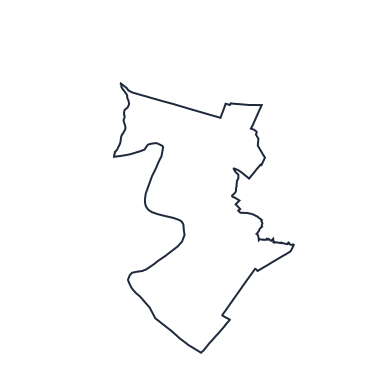 the district of Turcoaia, Tulcea, Romania, rotated 320°
{"feature_id": "2599482B2889768165110", "entity_name": "Turcoaia", "entity_type": "district", "adm_level": 2, "iso_a3": "ROU", "parent_name": "Romania", "parent_adm1": "Tulcea", "projection": "natural_earth1", "projection_center": [28.197, 45.114], "detail": "fine", "context": "isolated", "style": "outline", "palette": "slate", "viewbox_px": 384, "rotation_deg": 320, "n_neighbors": 0, "source": "geoboundaries", "source_scale": "gbopen_adm2", "svg_char_len": 5922}
<svg xmlns="http://www.w3.org/2000/svg" viewBox="0 0 384 384"><g transform="rotate(320 192 192)"><path d="M95.6,320.9L99.0,320.8L102.2,320.2L106.7,319.3L108.0,319.0L108.9,318.9L113.6,318.3L118.7,317.5L120.0,317.4L121.5,317.2L128.4,316.1L131.9,315.5L131.9,315.4L132.0,315.4L133.6,315.0L136.7,314.6L138.3,314.3L138.7,314.2L138.8,314.2L138.8,313.9L138.8,313.7L138.2,312.2L137.2,309.8L136.4,307.6L136.1,306.8L136.0,306.2L136.0,305.9L136.4,305.7L137.0,305.5L139.4,304.9L142.2,304.2L144.3,303.6L148.2,302.6L149.9,302.1L151.6,301.7L153.7,301.1L155.5,300.6L156.5,300.4L159.3,299.6L163.3,298.6L166.6,297.7L168.9,297.1L170.2,296.7L172.0,296.3L172.4,296.2L174.4,295.6L177.2,294.9L183.3,293.4L186.1,292.7L188.6,292.0L190.2,291.6L190.9,291.4L191.3,292.3L191.4,292.7L191.5,292.9L191.5,293.2L191.5,293.6L191.5,294.1L191.5,294.7L192.3,294.8L193.5,295.0L198.2,295.7L200.7,296.2L205.0,296.9L205.4,296.9L208.6,297.4L212.6,298.1L216.6,298.7L219.5,299.2L221.7,299.6L224.1,300.1L228.8,300.7L229.1,300.8L229.3,300.8L229.6,300.7L232.7,299.5L234.4,298.7L236.0,297.9L235.9,297.2L235.7,297.1L235.2,297.0L234.7,296.9L234.3,296.5L233.6,295.5L233.1,294.4L233.1,293.8L233.6,293.4L233.4,292.7L231.6,293.3L230.1,291.5L229.5,290.6L229.0,289.9L228.5,289.4L228.0,288.3L227.6,288.6L225.8,286.6L224.0,284.5L223.8,284.3L223.3,283.7L222.7,283.9L222.5,283.7L222.2,283.3L222.0,282.7L222.5,282.2L222.8,282.0L223.1,281.7L223.5,280.9L223.8,280.5L224.1,280.0L222.5,280.2L221.4,280.3L221.3,280.2L221.2,280.2L221.0,279.7L220.7,278.1L220.5,277.1L219.4,277.2L219.3,276.9L219.7,276.8L219.2,275.8L217.8,276.1L217.2,275.5L216.0,274.6L215.9,274.1L215.4,273.9L214.9,273.3L214.2,272.6L213.5,271.5L212.3,271.8L212.8,271.0L213.2,270.4L213.4,270.1L213.7,269.7L214.1,268.7L214.6,268.0L214.7,267.3L214.6,265.9L214.5,265.6L216.3,265.4L217.2,265.0L217.7,265.0L218.0,264.9L218.7,264.6L219.4,264.1L220.0,263.9L220.4,263.7L223.2,263.6L223.1,263.2L223.5,262.8L223.9,262.5L224.5,262.1L225.6,261.4L225.8,261.1L226.0,260.9L226.1,260.4L226.2,259.5L226.4,259.3L226.5,259.1L226.6,258.7L227.5,258.4L226.6,254.6L226.3,252.8L225.3,250.8L225.0,249.8L224.1,248.0L223.2,246.7L221.9,245.0L220.8,243.5L218.5,241.5L217.0,240.1L215.9,239.2L215.5,237.8L215.5,236.0L217.9,236.1L217.8,232.6L217.5,229.5L222.9,229.0L221.1,223.7L220.3,222.5L220.0,221.6L220.1,220.9L220.4,220.5L221.0,220.5L223.1,220.4L224.6,220.2L225.6,219.9L226.2,219.6L227.0,218.8L228.0,217.7L228.4,217.2L228.7,217.0L229.2,216.7L229.6,216.5L229.9,216.3L230.2,215.9L230.8,215.1L230.9,214.9L231.3,214.6L232.0,214.0L232.9,213.1L233.6,212.5L234.1,212.2L234.6,211.9L235.4,211.8L235.8,211.6L236.7,210.9L237.0,210.4L237.2,210.2L237.7,209.7L238.4,208.9L238.5,208.6L238.6,208.1L238.5,207.5L238.3,205.8L238.2,204.3L238.3,203.7L238.7,202.8L238.6,201.8L239.0,200.7L239.0,200.2L239.6,201.6L240.1,202.3L241.5,205.2L242.0,207.0L242.1,207.3L242.3,207.9L242.6,209.1L242.8,210.0L243.0,211.1L243.4,213.5L243.6,214.3L244.0,216.0L244.3,218.4L244.8,218.4L245.7,218.2L248.3,217.6L248.8,217.6L249.4,217.5L249.9,217.4L253.2,216.8L255.1,216.3L256.9,216.0L258.2,215.8L260.6,215.4L262.2,215.1L262.5,216.0L270.0,212.6L270.4,209.4L272.2,198.8L277.0,194.0L278.0,188.9L279.6,188.2L280.1,187.7L280.2,186.8L279.5,184.0L277.8,181.3L280.9,180.1L301.3,170.2L291.8,162.2L291.3,161.7L289.3,159.7L285.5,155.9L284.4,154.8L281.9,152.4L280.7,151.2L279.5,150.0L279.3,149.8L279.0,149.3L278.9,149.1L278.7,149.0L278.4,149.1L278.0,149.3L277.5,149.6L277.2,149.7L276.9,149.7L276.4,148.9L275.0,146.7L274.7,146.2L274.4,146.0L274.2,146.2L273.8,146.5L273.4,146.7L272.2,147.4L271.3,147.9L267.0,150.4L264.4,151.8L263.0,152.6L261.5,153.5L260.5,152.0L245.8,130.1L242.4,125.0L233.7,111.8L230.8,107.7L228.0,103.7L223.9,97.6L221.7,94.4L217.7,88.4L215.8,85.7L214.0,83.0L211.5,79.3L210.5,77.8L209.9,76.6L209.1,74.7L208.7,73.6L208.6,73.3L208.6,72.6L208.7,71.7L208.8,71.1L208.8,70.5L207.9,66.3L207.2,63.1L206.9,63.3L206.8,63.8L206.7,65.1L206.1,65.4L205.7,65.8L205.4,66.3L205.1,68.3L205.0,70.5L204.9,72.2L204.8,73.6L204.7,75.3L204.4,76.2L204.2,76.7L204.0,76.9L203.8,77.1L203.5,77.5L203.3,77.7L203.0,78.2L202.7,78.9L202.4,80.1L202.2,80.8L202.1,81.0L201.6,82.1L200.4,84.1L200.1,84.3L199.8,84.5L199.0,85.0L198.1,85.4L198.0,85.5L196.6,85.9L196.0,85.9L194.6,85.8L193.4,85.9L192.6,86.1L191.0,87.6L190.5,88.0L189.9,88.8L189.6,89.2L189.7,89.5L189.5,89.9L189.0,90.7L188.7,91.1L188.5,91.4L188.2,91.6L187.8,91.8L187.0,92.2L186.3,92.6L185.9,93.0L185.4,93.5L185.1,94.0L185.0,94.4L184.0,96.8L183.3,98.3L182.8,99.4L182.4,99.9L182.0,100.4L181.6,100.7L181.2,101.0L180.7,101.3L180.2,101.5L179.4,101.8L178.4,102.1L177.5,102.5L176.2,103.0L175.5,103.1L175.3,103.1L175.1,103.1L174.9,103.3L174.6,103.5L174.2,103.6L173.5,104.0L172.9,104.5L171.9,105.4L169.2,107.8L168.6,108.2L168.0,108.6L167.4,108.9L167.1,109.1L166.7,109.2L166.2,109.5L164.5,110.2L162.8,111.0L162.1,111.3L161.8,111.4L161.4,111.5L160.8,111.6L160.3,111.7L159.6,111.8L159.1,111.9L158.9,111.9L158.7,111.8L158.3,112.3L158.2,112.5L157.5,112.7L156.7,113.3L155.8,114.0L154.9,114.9L159.4,117.8L164.3,120.8L168.8,123.3L174.3,125.7L175.8,126.3L178.0,127.3L182.9,129.0L186.1,128.0L188.7,127.4L192.0,128.9L195.4,131.1L196.2,131.7L196.7,132.6L198.9,137.4L198.8,139.0L195.5,141.8L192.7,144.1L191.4,145.1L185.9,147.4L179.5,150.7L171.7,154.1L167.0,156.8L165.3,157.8L161.0,160.3L155.5,163.5L150.9,167.7L149.0,170.2L147.5,173.2L147.1,176.4L147.3,178.4L148.3,181.6L151.4,186.8L155.6,192.6L157.3,194.9L160.3,198.8L161.3,200.3L164.1,205.0L165.1,207.9L164.6,211.2L161.2,216.0L158.7,220.1L152.5,223.6L145.8,224.5L132.5,223.9L130.7,223.9L127.2,223.5L122.4,223.0L116.3,222.8L109.3,222.1L107.1,221.9L104.8,221.0L103.8,220.8L103.4,220.7L100.6,219.0L99.3,218.1L94.1,215.3L90.5,215.9L87.4,217.6L86.4,218.2L85.5,221.0L84.6,224.1L84.0,227.4L84.0,230.9L84.1,233.5L84.4,235.2L85.0,238.5L85.0,239.1L85.1,241.4L85.1,242.8L85.1,245.0L85.3,253.4L85.1,254.2L82.7,265.2L85.5,278.4L87.1,286.1L88.6,296.8L90.1,303.1L90.9,307.0L93.5,314.6L95.6,320.9Z" fill="none" stroke="#1e293b" stroke-width="2"/></g></svg>